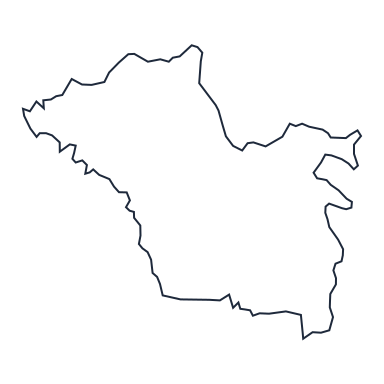 outline of Três Palmeiras, Rio Grande do Sul, Brazil
{"feature_id": "56859067B561920705370", "entity_name": "Três Palmeiras", "entity_type": "district", "adm_level": 2, "iso_a3": "BRA", "parent_name": "Brazil", "parent_adm1": "Rio Grande do Sul", "projection": "equal_earth", "projection_center": [-52.832, -27.619], "detail": "fine", "context": "isolated", "style": "outline", "palette": "slate", "viewbox_px": 384, "rotation_deg": 0, "n_neighbors": 0, "source": "geoboundaries", "source_scale": "gbopen_adm2", "svg_char_len": 1804}
<svg xmlns="http://www.w3.org/2000/svg" viewBox="0 0 384 384"><path d="M351.4,207.6L351.9,201.9L346.6,198.7L342.7,194.6L338.6,190.3L330.7,184.8L326.6,180.1L322.2,179.2L317.1,178.3L313.6,172.7L321.0,162.5L325.3,154.6L331.4,155.4L341.8,159.2L348.5,163.5L353.8,169.3L357.9,165.6L354.0,153.9L354.0,144.6L361.0,136.0L357.5,130.4L350.1,134.8L345.9,138.1L330.7,137.5L328.0,133.2L322.6,129.6L309.1,126.7L302.1,123.7L295.8,126.1L289.8,123.7L282.4,136.7L265.6,146.4L253.4,142.4L247.6,143.2L242.2,150.5L233.1,145.9L225.9,136.3L222.6,125.1L218.5,110.5L215.7,105.1L199.2,83.2L200.8,61.3L202.3,52.7L197.5,47.1L191.7,45.3L179.7,56.4L172.8,57.7L168.8,61.7L160.3,59.3L147.9,61.7L134.3,53.9L128.3,54.2L118.8,62.6L109.1,72.5L104.4,82.0L91.6,84.9L82.0,84.5L71.7,79.0L62.3,95.0L56.2,96.2L50.9,99.5L43.3,100.3L43.8,108.3L36.4,101.5L29.9,111.3L23.0,108.8L24.2,116.0L30.4,128.6L36.6,136.9L39.7,133.2L46.1,133.2L52.1,135.4L59.7,142.4L59.8,151.7L69.8,144.4L75.7,145.6L74.1,153.0L72.4,158.8L75.7,162.5L82.3,160.4L86.9,165.0L85.3,173.7L89.7,172.4L93.2,169.4L99.2,174.9L103.6,176.7L109.4,179.1L114.0,186.6L119.0,192.2L126.7,192.4L129.9,200.4L126.0,207.2L129.6,210.7L133.9,211.9L134.1,217.8L140.3,225.5L140.5,235.6L138.9,244.0L142.4,248.3L147.6,252.1L151.1,259.7L152.6,273.0L157.1,276.9L160.0,284.0L162.7,295.4L180.5,299.4L209.2,299.8L219.9,300.4L229.1,294.6L233.1,307.8L238.4,302.5L240.3,308.8L244.7,309.4L250.1,310.3L252.9,315.7L259.6,313.3L269.0,313.7L285.9,311.4L300.9,314.9L302.7,333.0L303.2,338.7L312.6,332.2L321.0,332.7L329.3,330.3L333.0,317.1L329.8,307.4L330.0,301.0L330.3,294.0L335.9,284.4L336.0,278.2L333.4,270.4L335.5,263.7L341.5,261.3L342.8,255.4L343.1,249.2L338.1,239.6L329.3,227.1L327.5,219.2L325.3,212.8L325.6,206.6L329.1,203.6L342.0,208.2L346.2,209.2L351.4,207.6Z" fill="none" stroke="#1e293b" stroke-width="2"/></svg>